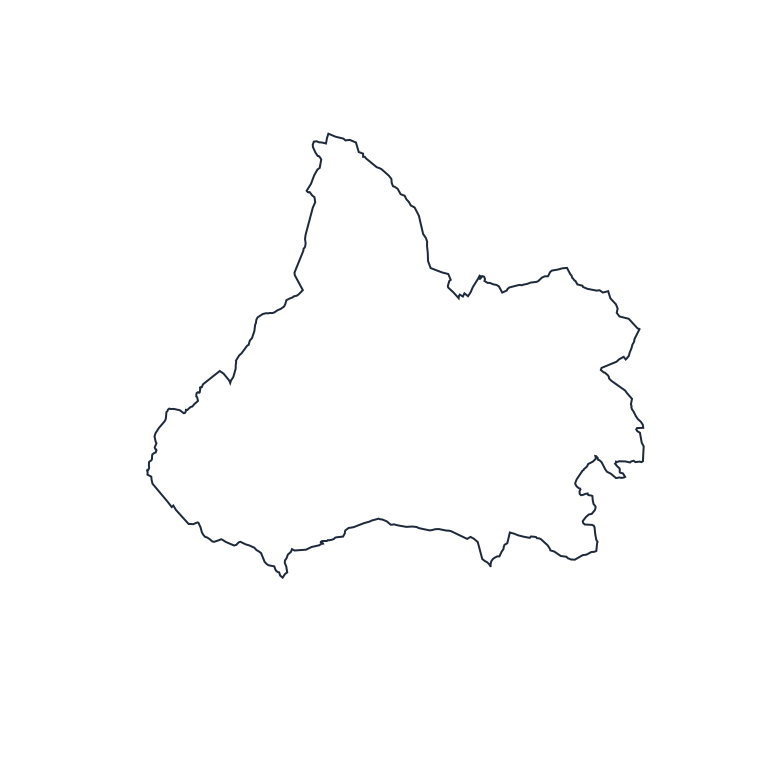 Corbeni, Arges, Romania (Robinson projection), rotated 62°
{"feature_id": "2599482B87595720625527", "entity_name": "Corbeni", "entity_type": "district", "adm_level": 2, "iso_a3": "ROU", "parent_name": "Romania", "parent_adm1": "Arges", "projection": "robinson", "projection_center": [24.667, 45.289], "detail": "fine", "context": "isolated", "style": "outline", "palette": "slate", "viewbox_px": 768, "rotation_deg": 62, "n_neighbors": 0, "source": "geoboundaries", "source_scale": "gbopen_adm2", "svg_char_len": 6165}
<svg xmlns="http://www.w3.org/2000/svg" viewBox="0 0 768 768"><g transform="rotate(62 384 384)"><path d="M584.6,379.4L587.6,378.1L589.7,376.7L592.2,375.8L595.6,375.5L593.6,374.9L590.9,372.5L589.6,369.9L589.3,367.1L589.4,365.0L590.4,363.0L587.2,358.8L586.0,356.2L583.8,354.5L582.5,353.0L582.5,349.9L574.2,342.6L577.6,339.0L580.2,337.0L584.4,332.4L588.3,327.5L587.6,325.9L589.2,323.4L590.4,321.7L591.9,321.4L593.4,319.2L594.9,318.2L603.4,315.2L607.5,314.9L609.0,315.2L611.8,312.4L618.9,308.6L622.2,304.0L624.2,303.4L626.7,301.3L628.7,298.0L628.4,288.9L629.7,285.4L629.7,279.9L630.9,277.0L631.1,274.9L624.5,270.5L623.7,269.6L621.2,269.7L615.8,268.0L609.4,265.4L607.5,265.3L605.9,266.7L602.3,272.7L600.2,273.4L598.4,272.9L596.3,268.3L595.4,264.5L596.2,261.5L594.3,257.0L593.2,255.8L591.5,254.7L588.2,255.3L584.5,254.2L580.8,252.6L579.9,253.2L578.1,255.6L577.4,255.9L576.3,255.6L575.6,257.7L575.3,260.3L574.7,262.2L572.9,262.8L570.5,261.7L569.3,260.0L568.4,260.0L567.6,260.8L564.8,262.0L562.0,262.1L560.8,261.2L558.5,258.4L553.8,249.6L553.6,248.2L552.9,247.0L552.4,244.3L551.8,243.0L550.5,241.3L550.6,236.1L549.5,232.3L548.5,231.6L546.8,231.2L547.3,230.6L549.6,230.0L551.2,230.6L552.4,229.6L555.1,228.6L563.6,228.7L566.2,228.3L569.7,225.8L576.0,223.3L577.0,220.1L578.1,218.8L578.8,217.4L579.2,215.9L579.2,214.7L575.1,215.0L573.2,217.1L572.3,217.2L569.9,215.8L568.7,215.7L566.9,216.5L562.9,217.4L562.8,216.7L561.5,215.6L562.3,214.9L562.6,212.7L565.7,207.2L568.8,203.6L568.4,202.1L569.0,199.6L571.0,198.7L572.5,194.8L573.8,193.4L573.8,191.7L561.0,184.0L556.8,184.0L547.2,180.9L544.6,182.5L542.5,182.6L541.7,181.3L544.4,175.7L541.4,174.6L537.8,175.0L534.3,176.3L530.5,176.7L525.1,176.6L522.9,176.9L520.8,176.6L519.5,175.7L518.0,175.6L513.5,172.0L506.4,173.7L502.9,174.2L488.0,181.7L484.8,182.7L483.1,182.1L481.5,182.2L477.5,183.7L477.1,184.5L473.4,186.0L471.9,184.3L473.5,168.1L472.6,165.0L472.5,159.6L475.8,159.1L475.5,157.9L474.1,154.6L471.5,152.2L468.8,148.9L465.9,146.2L464.2,143.5L461.8,141.6L455.5,132.6L455.1,132.8L454.0,134.0L441.3,137.3L434.9,144.4L430.4,145.1L427.1,142.3L422.6,141.8L414.6,143.9L407.3,142.5L406.0,147.8L402.4,149.7L401.4,152.4L395.4,159.8L391.8,162.7L390.4,162.6L386.9,166.5L382.7,166.6L382.2,167.2L379.3,167.6L378.4,168.0L376.5,167.5L374.4,168.0L367.4,167.9L365.6,172.2L364.6,176.7L362.7,182.4L363.1,184.7L365.9,188.6L364.4,191.6L364.2,194.6L365.6,199.7L365.4,201.5L363.3,206.9L362.8,210.8L361.7,214.3L361.6,215.8L360.0,218.1L357.6,228.0L358.2,230.6L359.1,231.7L358.8,236.7L351.8,236.7L349.3,238.2L347.2,240.8L344.5,243.0L343.3,245.1L340.2,246.9L338.6,245.5L336.2,245.3L334.8,246.7L335.6,247.9L336.5,250.7L334.0,248.3L333.3,248.7L335.4,251.8L340.1,260.0L343.7,264.5L345.9,268.6L341.7,270.4L343.8,273.3L340.7,275.1L341.5,276.6L343.3,277.8L335.7,279.7L329.1,282.0L328.0,281.9L326.9,281.1L323.7,278.0L323.4,276.2L317.1,275.6L312.7,280.4L303.5,288.4L296.1,287.4L288.8,283.8L282.3,281.2L278.6,279.1L275.0,278.5L269.8,279.0L251.8,274.2L242.5,274.1L239.0,276.5L235.0,276.6L231.5,277.5L227.5,277.4L224.2,280.2L218.2,280.3L215.1,281.8L213.6,283.2L210.1,282.8L206.4,281.2L202.4,281.9L193.5,285.2L191.6,286.4L189.1,288.7L176.3,294.0L174.4,294.3L173.6,295.8L170.8,294.3L167.3,297.4L157.6,295.4L152.4,299.6L150.8,303.7L148.3,304.6L143.0,310.6L136.9,315.6L140.0,318.8L144.4,322.3L141.5,325.6L140.2,327.8L138.0,329.6L137.1,332.2L139.3,334.6L141.5,335.5L147.6,335.9L151.5,335.5L152.1,334.6L154.1,334.1L156.3,334.0L163.0,339.3L163.4,342.1L166.9,347.6L173.0,354.5L177.1,361.6L178.8,361.2L179.3,360.8L179.4,359.9L179.8,359.5L183.8,358.9L186.4,357.7L191.2,359.4L195.0,364.2L215.7,383.4L219.0,385.7L222.9,387.1L225.6,389.1L226.3,390.0L226.8,391.5L228.5,392.7L243.7,410.8L246.2,411.7L263.0,411.6L264.7,416.9L265.1,419.5L264.3,422.3L264.6,424.4L264.2,427.4L264.2,430.8L267.4,434.0L268.7,435.9L269.2,440.0L268.9,443.2L269.3,447.4L268.9,449.4L267.6,451.7L267.2,453.3L266.2,454.7L265.3,458.1L265.8,464.3L267.3,466.5L270.2,468.6L271.0,469.8L276.5,473.7L281.5,479.0L282.6,482.0L285.9,485.2L285.9,486.8L290.0,495.3L290.7,498.3L293.9,503.8L295.2,504.2L297.8,506.1L300.9,507.8L307.1,513.8L309.1,517.5L310.9,519.3L308.2,519.0L299.5,520.8L295.4,522.9L299.3,544.0L301.3,546.4L301.2,547.2L300.7,547.5L300.7,548.1L302.6,548.9L304.9,550.7L305.0,551.2L304.8,551.6L303.9,552.1L304.0,553.6L305.0,554.5L306.9,555.6L307.9,555.2L311.5,556.1L312.4,559.3L312.5,560.4L313.9,563.9L313.5,565.6L314.6,569.9L313.8,571.0L315.3,572.0L316.1,573.5L315.8,574.5L311.3,576.6L307.3,581.3L306.0,584.0L304.9,585.2L305.2,586.7L306.2,587.9L306.7,589.3L312.3,593.0L313.9,595.1L317.1,603.3L320.3,609.0L322.7,611.3L327.8,612.7L329.4,612.7L332.3,616.2L333.2,616.4L335.0,616.3L335.0,616.0L335.7,616.0L337.3,617.8L337.0,618.9L337.4,621.5L338.4,622.4L341.3,624.1L342.2,625.3L342.4,627.7L342.9,628.3L345.5,629.8L347.9,630.8L349.2,632.4L348.7,633.2L349.4,633.9L350.5,633.9L353.0,635.4L356.5,633.0L359.8,634.3L363.4,635.2L386.0,630.4L393.0,629.2L392.4,627.1L397.7,626.8L415.9,622.2L416.6,620.7L418.2,618.4L418.5,614.7L418.8,613.4L419.5,613.0L424.5,613.3L429.3,614.4L431.9,614.4L434.9,613.8L436.5,612.2L438.9,610.9L442.3,609.6L443.6,608.1L444.4,603.3L444.6,600.7L445.8,599.7L449.1,597.9L456.2,592.2L456.7,589.8L456.0,588.1L455.6,586.3L456.0,584.8L460.8,581.3L463.5,578.5L466.4,576.4L467.5,575.4L470.9,574.5L472.9,573.2L475.6,571.9L485.0,572.9L487.6,572.2L489.8,571.1L493.5,566.5L496.7,567.0L498.8,566.8L500.5,565.8L501.1,565.0L504.4,565.6L507.4,564.4L505.3,560.6L504.9,557.9L499.3,556.0L495.4,555.6L493.3,554.3L492.3,552.1L489.5,549.0L488.5,544.9L486.6,542.8L489.0,541.2L493.7,530.6L493.9,524.5L496.0,516.9L495.7,514.4L496.3,512.8L495.8,512.8L494.1,514.1L493.7,513.7L493.6,512.3L495.8,508.2L495.5,506.8L496.0,506.3L497.0,503.4L497.3,500.8L496.8,499.6L496.9,498.3L499.5,491.8L497.5,488.7L496.2,487.9L495.1,486.9L494.5,482.9L496.1,478.2L497.5,466.8L498.7,461.4L498.8,458.9L500.4,451.9L502.0,450.5L502.7,449.2L506.5,446.1L511.4,444.1L512.1,442.7L512.5,441.2L515.2,438.3L520.6,431.4L523.2,425.8L525.6,422.3L527.5,421.0L534.5,412.7L535.4,410.6L536.4,406.5L537.9,403.6L542.8,397.6L543.6,396.1L545.3,394.0L559.8,383.3L559.6,379.4L562.8,377.3L567.5,375.4L584.6,379.4Z" fill="none" stroke="#1e293b" stroke-width="2"/></g></svg>